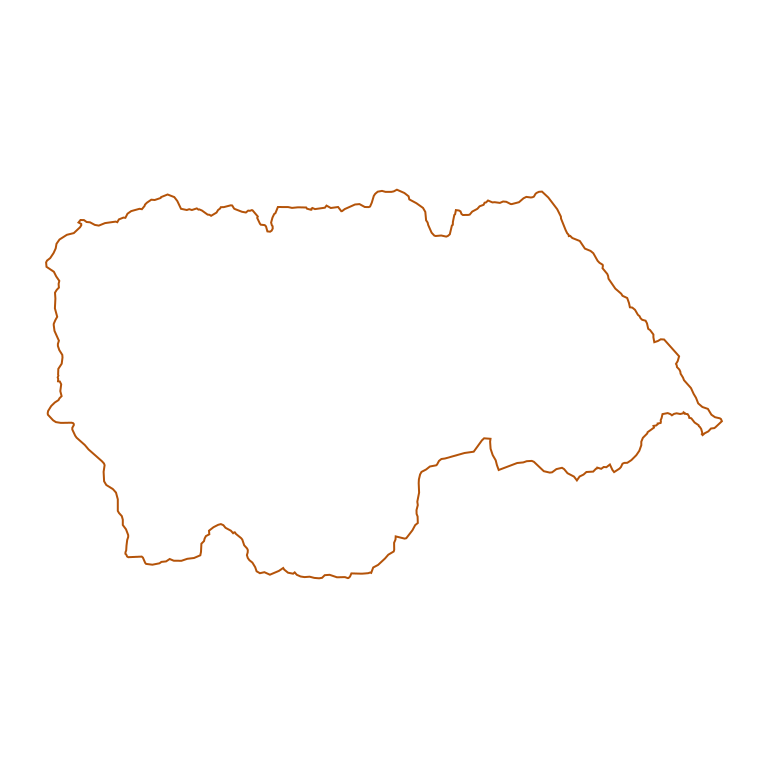 Tazlau, Neamt, Romania
{"feature_id": "2599482B29958320334989", "entity_name": "Tazlau", "entity_type": "district", "adm_level": 2, "iso_a3": "ROU", "parent_name": "Romania", "parent_adm1": "Neamt", "projection": "orthographic", "projection_center": [26.403, 46.703], "detail": "fine", "context": "isolated", "style": "outline", "palette": "amber", "viewbox_px": 768, "rotation_deg": 0, "n_neighbors": 0, "source": "geoboundaries", "source_scale": "gbopen_adm2", "svg_char_len": 6056}
<svg xmlns="http://www.w3.org/2000/svg" viewBox="0 0 768 768"><path d="M721.9,421.2L720.9,419.0L719.8,418.3L715.0,417.2L711.4,414.7L707.9,408.9L702.4,407.0L698.2,403.4L696.0,397.8L693.6,393.8L691.0,388.1L684.0,380.2L683.0,377.6L680.6,373.7L680.3,371.6L679.3,369.5L677.0,367.1L676.7,365.2L676.0,363.9L677.7,361.1L679.1,356.3L664.1,339.5L660.7,339.3L657.9,341.0L654.3,342.2L653.4,337.3L653.4,334.5L650.1,330.1L648.2,328.8L647.0,323.4L645.6,320.7L642.2,319.8L640.6,318.3L639.5,316.1L637.9,314.8L635.0,309.8L632.3,307.6L629.9,307.3L629.0,303.1L627.2,298.0L622.5,295.8L621.2,293.7L615.3,288.6L608.5,278.7L608.1,276.0L607.3,274.0L602.5,268.2L602.9,265.9L602.6,264.7L599.5,262.8L597.6,260.8L593.3,253.2L590.5,250.9L584.9,248.6L579.8,241.0L572.3,238.0L570.2,235.9L568.8,236.1L568.5,234.6L567.2,233.3L565.6,230.0L561.0,218.5L560.9,216.6L557.2,209.2L548.3,197.5L542.0,191.6L539.0,191.8L536.8,192.8L535.6,193.7L533.9,196.6L532.6,197.2L530.9,197.5L526.3,196.9L523.5,198.3L519.0,202.2L511.7,204.1L510.6,204.0L506.3,201.8L503.1,201.5L499.9,202.9L494.7,202.2L492.4,202.4L488.0,200.5L486.1,202.4L484.6,202.7L483.6,204.8L479.6,206.3L477.4,208.8L472.2,211.6L469.7,214.6L468.4,214.9L462.9,215.0L461.5,214.0L460.5,211.4L459.0,210.5L455.9,210.1L455.1,214.3L454.3,215.0L452.9,221.9L452.8,224.8L451.9,225.5L449.8,234.3L447.8,236.0L446.2,236.6L441.2,235.5L435.7,236.0L434.3,235.6L431.6,232.7L428.2,225.0L427.6,222.5L426.1,220.3L425.3,211.9L423.0,207.9L416.4,203.2L409.3,199.4L408.6,196.3L404.4,193.0L396.9,189.7L393.7,191.4L391.2,191.9L385.6,191.9L382.0,190.9L377.7,191.7L375.2,193.8L373.8,195.9L371.8,202.6L370.1,206.5L368.8,207.1L364.8,207.0L359.5,204.1L355.0,204.5L344.7,209.1L342.1,211.1L341.3,211.2L338.1,207.0L330.8,208.0L326.5,205.6L324.9,207.7L315.0,209.1L312.4,208.0L311.5,208.6L311.5,209.6L311.1,209.8L307.0,208.7L306.2,207.5L298.1,207.3L292.0,207.9L288.3,207.1L277.9,207.0L275.4,213.2L274.2,214.0L272.5,217.5L271.1,222.6L271.9,225.4L272.6,226.2L272.7,228.6L271.6,230.7L270.1,231.7L267.4,231.4L266.0,226.4L264.7,225.1L260.8,224.7L260.0,223.8L257.2,217.9L257.8,216.5L252.6,210.4L251.9,210.1L249.9,210.8L248.2,210.6L245.9,212.5L242.0,211.8L234.8,209.0L234.1,208.6L232.2,205.5L230.8,205.3L223.9,207.1L220.8,207.2L220.0,208.6L218.1,210.0L216.5,212.6L211.1,215.8L209.5,214.8L207.6,214.6L201.9,210.5L199.3,209.4L198.4,209.6L196.8,208.4L191.9,210.0L189.2,209.2L186.8,210.0L181.0,208.8L177.3,201.0L174.3,197.1L167.6,194.5L161.1,197.1L160.6,198.0L157.7,199.0L154.7,200.0L151.3,199.7L146.9,202.7L145.0,204.6L144.6,205.9L141.9,209.2L139.5,208.8L131.2,211.1L127.5,213.7L125.4,217.8L123.4,217.6L118.9,219.4L117.3,222.2L115.7,221.6L105.0,223.1L98.8,225.6L94.8,224.9L90.0,222.3L86.6,222.0L84.0,220.1L80.5,220.0L78.5,222.5L81.2,223.9L81.3,225.2L80.0,227.3L73.8,233.1L66.9,234.8L59.5,239.5L56.5,243.8L55.7,248.4L53.6,253.0L50.2,258.1L47.0,260.6L46.1,262.4L46.5,266.8L53.9,271.8L56.2,276.4L59.3,280.9L58.6,283.9L58.9,287.6L56.7,289.9L55.0,292.7L55.4,298.6L54.9,308.3L57.2,316.8L55.4,320.0L53.8,323.7L53.7,324.9L54.5,330.9L58.9,340.7L57.9,343.9L57.9,346.0L59.3,350.1L62.3,354.9L62.5,357.5L61.7,363.7L58.3,368.9L58.1,374.6L58.4,375.6L57.7,377.4L58.2,378.8L58.0,381.3L59.8,381.5L61.2,384.3L60.3,391.1L61.6,396.1L59.4,398.4L58.5,400.1L54.8,402.5L51.2,406.0L48.1,411.0L47.7,413.2L47.9,414.7L53.1,420.3L55.9,422.1L60.9,422.9L71.6,422.7L73.2,423.2L73.8,424.1L73.8,425.1L72.3,427.8L72.3,429.5L75.2,435.7L76.6,437.7L84.8,445.0L88.5,449.4L101.9,461.2L104.0,463.5L104.6,465.2L103.6,471.8L104.1,481.3L106.3,485.0L112.9,489.1L116.0,492.6L117.8,499.3L117.8,510.9L119.0,513.0L121.8,516.1L122.8,519.7L122.8,525.0L126.0,529.3L128.2,535.1L128.2,537.0L127.2,540.0L126.5,545.6L126.2,550.4L125.5,552.2L125.4,553.8L126.2,554.5L127.1,556.5L128.3,557.2L141.7,556.6L142.9,557.6L145.2,562.9L146.1,563.9L152.4,564.7L159.5,563.3L161.4,561.9L166.1,561.4L169.7,559.0L173.7,560.7L181.4,560.8L187.3,558.8L194.0,558.0L200.3,555.3L201.0,551.9L201.4,543.7L204.0,541.1L204.6,538.6L205.9,536.1L209.3,534.3L209.0,530.7L213.5,527.2L218.2,524.8L220.9,524.1L223.4,525.2L225.5,527.8L230.9,530.7L233.1,533.2L234.3,532.3L235.1,532.5L235.7,533.7L241.2,538.2L242.3,539.6L244.2,545.3L247.1,548.5L247.8,550.1L247.7,552.4L246.9,555.1L247.8,558.0L249.4,560.2L252.4,562.6L255.2,567.2L256.6,571.3L259.9,573.2L264.4,572.2L269.9,574.7L278.9,570.9L283.2,568.0L284.2,569.6L288.0,572.7L293.1,573.7L294.7,572.4L296.8,574.8L300.6,576.5L304.5,577.1L309.6,576.7L314.3,577.9L319.1,578.3L322.1,577.8L324.7,575.2L329.6,574.8L337.0,577.3L344.9,577.1L347.8,578.1L348.5,578.0L350.0,576.6L351.4,573.4L361.9,573.7L368.1,573.2L370.2,572.5L371.2,572.9L373.2,567.5L378.1,564.9L385.0,558.5L388.3,554.7L393.7,551.5L394.2,549.8L394.1,542.8L395.5,539.5L395.7,536.4L404.6,538.6L406.3,538.2L412.4,530.3L415.2,525.1L417.8,523.0L417.6,516.5L416.6,513.9L416.5,510.1L417.8,505.1L417.3,501.7L419.1,492.6L418.7,483.2L418.9,479.4L420.1,474.4L421.5,471.9L426.1,469.5L429.9,466.5L436.2,465.3L437.0,464.6L439.0,460.9L441.4,459.0L445.0,458.5L464.5,453.0L473.7,451.7L481.9,440.4L484.1,438.3L490.5,438.8L490.1,441.7L490.6,448.8L492.7,455.1L495.7,460.3L496.9,465.0L498.7,470.0L517.2,463.0L523.3,462.4L526.7,461.2L531.8,460.9L533.9,461.8L543.8,471.2L549.8,472.6L552.1,472.3L556.4,469.1L562.0,467.8L564.1,469.1L567.5,473.2L574.0,476.6L576.9,480.4L579.6,476.5L583.5,474.6L586.4,472.0L593.2,471.6L596.0,468.7L596.7,468.6L597.2,467.6L601.2,468.8L603.7,467.0L606.4,467.2L609.9,464.5L612.4,469.9L614.1,472.1L619.5,468.6L620.9,467.1L622.5,463.7L624.3,462.9L627.3,462.8L631.4,460.1L636.3,455.2L639.3,450.8L641.3,445.2L641.3,441.7L642.9,437.8L647.2,433.5L647.6,432.2L654.0,427.6L653.5,425.9L656.1,425.5L657.8,424.1L657.7,423.5L660.6,423.0L660.9,421.8L660.7,420.2L661.6,418.0L662.5,414.1L667.7,413.1L670.4,414.1L671.9,415.3L674.0,413.9L676.6,413.3L680.2,414.0L683.2,413.3L683.5,412.5L684.4,413.4L684.6,413.0L686.0,414.0L687.6,414.1L689.1,416.5L689.2,417.8L691.3,418.3L694.6,422.5L698.6,425.2L698.9,426.2L699.9,427.0L701.2,429.0L702.4,433.3L701.8,434.1L702.6,435.1L704.8,433.2L708.3,431.4L711.0,428.5L714.3,428.1L715.4,427.3L721.9,421.2Z" fill="none" stroke="#b45309" stroke-width="2"/></svg>